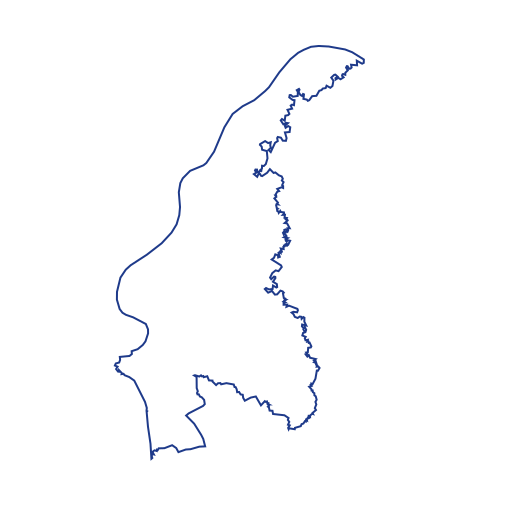 the district of Mueang Nong Khai, Nong Khai, Thailand, rotated 339°
{"feature_id": "78962969B49336844859905", "entity_name": "Mueang Nong Khai", "entity_type": "district", "adm_level": 2, "iso_a3": "THA", "parent_name": "Thailand", "parent_adm1": "Nong Khai", "projection": "robinson", "projection_center": [102.827, 17.845], "detail": "fine", "context": "isolated", "style": "outline", "palette": "blue", "viewbox_px": 512, "rotation_deg": 339, "n_neighbors": 0, "source": "geoboundaries", "source_scale": "gbopen_adm2", "svg_char_len": 6124}
<svg xmlns="http://www.w3.org/2000/svg" viewBox="0 0 512 512"><g transform="rotate(339 256 256)"><path d="M427.1,111.2L418.8,100.2L413.2,95.1L399.0,86.5L389.8,82.4L382.3,80.4L374.5,80.6L368.2,81.4L358.7,84.6L343.7,92.8L328.6,103.1L323.6,105.3L310.2,109.9L297.2,111.4L285.1,115.0L272.6,124.5L254.2,143.6L242.9,151.4L239.4,152.5L225.0,152.9L215.5,157.2L211.5,160.8L206.8,168.8L202.6,183.1L199.0,190.4L193.2,198.0L185.5,203.9L172.5,210.3L154.5,215.7L135.7,219.7L129.5,222.1L121.7,227.6L113.4,239.6L110.5,246.9L109.7,256.6L111.0,261.1L113.5,264.3L119.3,269.2L128.8,280.0L128.9,285.8L127.5,289.6L122.2,296.1L118.4,298.5L112.1,300.6L105.8,300.3L105.0,303.0L102.1,304.0L92.7,301.4L91.9,304.3L90.1,306.4L86.6,306.1L85.0,307.7L87.1,309.7L84.9,311.4L85.8,314.5L86.6,314.9L87.2,313.5L88.8,317.3L88.2,318.1L90.1,318.5L90.6,320.2L94.3,323.6L97.7,328.7L100.1,352.4L99.6,358.7L98.3,361.3L98.8,361.9L98.0,362.5L94.0,376.6L90.2,393.5L85.7,407.8L86.8,407.4L87.0,404.9L88.7,404.0L89.5,404.6L89.2,401.9L90.5,401.3L91.7,401.1L93.5,402.5L94.1,401.3L94.8,401.9L96.2,400.7L101.6,402.6L109.9,402.6L112.7,406.7L113.3,411.3L121.1,411.5L125.6,412.9L134.8,413.7L140.3,415.5L141.2,407.9L140.7,403.2L138.2,390.4L133.6,379.9L136.8,378.8L152.9,377.0L155.1,375.9L156.0,371.7L154.7,368.4L153.3,367.1L153.0,364.6L151.8,364.2L151.8,362.8L153.2,361.4L153.3,358.1L157.2,347.6L155.5,345.4L156.3,345.4L159.9,348.2L161.9,347.7L162.4,349.0L163.8,349.2L163.8,350.4L167.4,350.8L167.5,355.3L170.7,356.7L170.4,357.6L172.5,362.2L174.9,361.2L177.2,361.9L177.5,363.3L182.8,364.1L189.2,368.0L189.0,370.6L190.0,371.1L190.2,373.5L189.6,376.4L191.5,376.9L192.0,379.7L193.9,380.8L193.2,383.8L193.7,387.1L200.4,386.3L205.5,387.1L207.1,397.2L212.2,394.7L212.7,395.6L214.1,395.7L213.9,396.9L214.7,397.7L213.9,398.2L214.9,399.3L214.0,399.0L214.3,400.6L213.2,401.0L213.8,401.9L213.3,405.2L215.9,406.4L215.3,409.6L225.5,414.9L228.3,418.9L227.0,420.4L227.6,422.8L225.4,425.0L226.8,426.2L224.4,428.0L224.4,429.4L225.1,428.7L230.1,431.6L230.8,430.4L236.8,430.9L238.3,429.3L240.2,429.4L242.5,427.7L243.2,428.4L244.0,426.9L244.7,427.8L245.0,426.4L246.4,425.6L247.0,426.4L248.1,426.1L248.1,425.1L247.3,424.9L247.8,424.2L248.9,425.4L249.3,424.3L252.0,423.4L252.6,423.9L252.5,422.8L256.8,421.3L256.4,419.1L259.1,416.2L259.2,413.5L261.1,411.9L261.5,408.4L260.6,407.0L261.3,405.0L260.3,403.5L260.7,401.8L259.7,401.5L260.0,400.2L258.8,397.1L261.3,397.2L260.6,394.9L261.5,396.3L262.0,395.0L262.9,395.9L267.5,391.9L271.7,384.8L272.7,385.3L275.2,383.3L274.6,381.6L273.0,381.1L273.9,380.1L273.2,379.2L273.4,377.1L272.1,375.9L273.4,375.4L274.0,376.4L274.1,374.7L273.2,374.2L274.8,373.6L270.0,370.4L269.8,367.6L267.9,368.3L267.1,365.6L268.7,365.8L268.3,364.1L269.9,364.4L271.8,360.4L274.4,361.0L275.3,360.2L275.0,356.1L274.1,356.0L274.3,354.5L273.1,354.3L274.3,352.8L272.0,352.4L272.1,350.3L273.4,349.3L270.8,346.8L272.4,344.7L274.3,344.8L274.1,342.9L275.4,344.1L276.4,342.9L276.1,339.5L274.6,340.7L273.7,338.1L274.5,336.5L278.0,338.9L277.6,334.6L279.1,331.0L278.3,330.0L276.1,331.0L276.5,329.0L275.2,328.2L272.7,328.8L270.4,326.7L270.2,323.8L269.0,321.6L270.9,321.5L274.2,323.3L275.7,321.6L275.7,320.2L269.0,314.2L266.3,314.3L267.6,312.5L264.3,311.4L264.9,309.8L266.6,309.8L265.3,308.4L268.1,307.7L267.0,307.2L268.1,306.3L266.9,305.2L267.8,300.5L268.8,300.2L268.2,298.6L266.4,297.1L262.0,299.4L259.8,298.8L258.4,294.4L254.2,294.6L252.4,290.0L253.9,289.5L256.1,291.8L259.6,292.8L261.3,289.7L263.7,292.7L264.6,292.6L265.4,289.7L262.6,286.1L266.2,283.6L266.5,282.4L265.5,281.7L261.9,283.1L261.4,281.2L265.1,277.8L269.2,276.5L271.6,278.2L276.1,275.5L276.0,273.7L269.4,264.9L272.2,264.1L274.6,261.4L276.8,263.2L276.2,265.3L277.9,265.3L278.1,261.1L279.3,260.8L280.1,262.0L280.9,259.3L281.1,261.4L281.7,261.3L281.8,257.9L284.3,259.4L284.8,257.3L285.8,257.3L285.9,256.4L287.9,257.2L287.6,255.7L289.1,255.5L289.1,257.2L290.0,257.1L293.3,254.0L291.1,252.6L289.8,253.6L289.3,252.5L289.5,251.0L292.0,250.6L289.0,248.6L291.6,248.2L290.8,245.1L289.6,246.1L289.5,244.0L291.0,243.2L291.9,243.9L291.7,241.9L293.0,241.7L294.7,242.7L293.6,244.0L294.1,244.7L295.2,243.6L295.4,241.4L297.4,242.2L296.7,236.7L294.6,235.5L298.3,234.1L298.1,232.6L297.2,232.9L296.8,232.1L298.1,231.4L296.3,230.5L297.8,227.9L295.8,227.2L297.4,226.4L297.7,225.3L294.9,223.8L294.8,222.6L292.7,223.9L292.8,222.4L292.0,221.7L292.4,219.6L293.3,219.6L292.6,218.5L293.0,215.8L293.7,215.0L295.0,215.7L294.5,214.7L295.6,214.0L293.8,208.8L296.1,208.1L295.7,206.3L296.5,206.5L296.6,205.4L298.9,203.6L300.8,203.7L299.9,201.0L304.5,201.0L305.7,202.2L306.4,200.4L305.8,199.2L308.2,196.9L307.2,194.8L308.7,193.5L308.5,190.9L306.3,188.9L304.0,184.9L302.2,184.8L300.1,179.9L296.2,182.3L290.4,183.6L289.4,182.8L289.2,181.0L287.6,180.4L285.5,182.5L283.4,178.8L286.2,178.3L285.7,175.8L286.5,175.1L287.9,175.7L287.4,177.5L288.3,178.1L288.3,179.5L290.4,177.6L291.7,179.2L291.3,177.1L292.8,176.7L294.0,173.9L295.5,174.8L298.1,173.7L301.7,169.0L303.7,161.9L299.8,159.0L300.5,155.9L299.5,153.6L299.9,153.0L305.7,152.0L307.8,154.9L310.5,155.1L309.0,157.6L308.6,160.3L305.7,161.5L307.0,164.3L314.4,157.1L317.5,156.5L318.0,153.5L319.0,152.7L321.7,154.5L322.3,157.9L325.2,159.2L326.8,156.9L327.3,151.0L331.8,152.3L334.1,148.1L332.6,146.2L329.6,146.9L329.6,144.8L333.4,143.4L331.9,142.5L328.7,142.8L327.7,138.3L329.3,137.4L331.3,140.0L333.7,135.5L336.5,136.0L338.1,135.3L337.8,130.8L342.5,131.4L342.3,128.0L343.9,127.6L345.5,128.8L347.8,124.3L346.1,123.4L343.9,119.8L345.1,117.9L346.2,118.2L347.5,120.5L352.3,121.5L353.9,117.7L353.5,115.8L356.0,115.4L356.2,116.3L354.5,118.2L355.2,121.7L356.3,123.0L358.0,121.6L358.7,122.3L356.6,126.3L359.5,128.2L360.0,129.7L361.6,129.6L365.7,126.9L369.8,128.1L374.3,124.4L376.6,124.6L378.3,123.6L381.2,124.2L382.9,122.3L385.7,125.6L388.3,124.7L391.1,120.1L390.2,116.4L393.9,114.9L395.1,115.1L396.5,117.8L393.9,118.5L393.6,119.8L396.7,119.2L398.3,121.3L401.8,120.6L400.9,118.6L401.7,117.5L402.5,117.3L404.3,118.8L405.1,116.9L408.2,115.6L407.6,112.4L408.8,111.3L409.5,111.6L410.1,114.6L411.4,114.9L412.8,114.3L413.3,111.5L418.7,114.2L420.1,109.8L424.0,114.5L425.8,114.3L427.1,111.2Z" fill="none" stroke="#1e3a8a" stroke-width="2"/></g></svg>